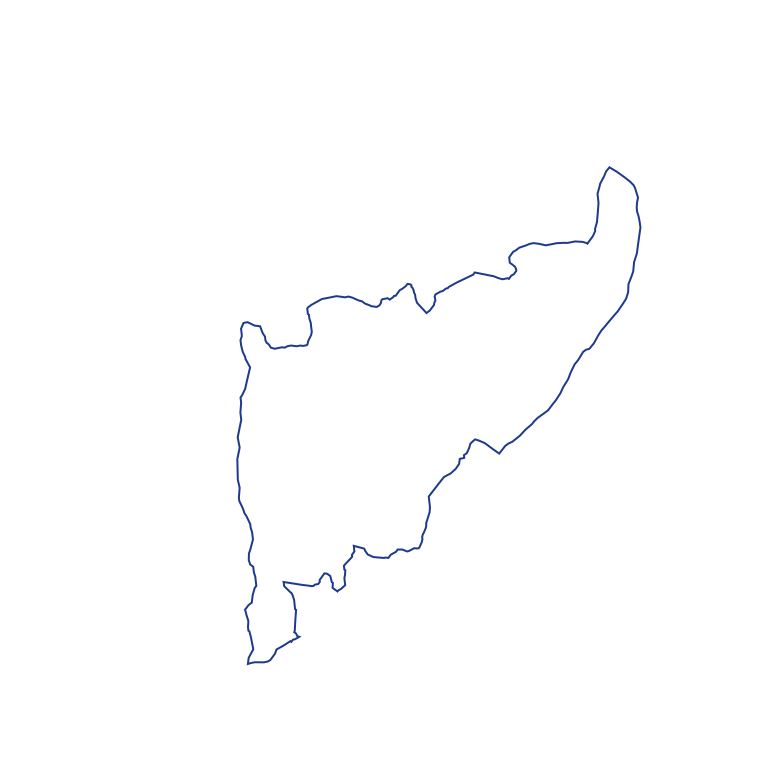 Al-Minshat, Suhaj, Egypt, rotated 35°
{"feature_id": "37247803B33567976679520", "entity_name": "Al-Minshat", "entity_type": "district", "adm_level": 2, "iso_a3": "EGY", "parent_name": "Egypt", "parent_adm1": "Suhaj", "projection": "natural_earth1", "projection_center": [31.766, 26.464], "detail": "fine", "context": "isolated", "style": "outline", "palette": "blue", "viewbox_px": 768, "rotation_deg": 35, "n_neighbors": 0, "source": "geoboundaries", "source_scale": "gbopen_adm2", "svg_char_len": 4804}
<svg xmlns="http://www.w3.org/2000/svg" viewBox="0 0 768 768"><g transform="rotate(35 384 384)"><path d="M518.3,374.9L518.8,365.3L520.1,361.4L522.2,357.8L525.0,348.3L525.3,345.9L526.1,340.1L528.2,332.0L528.4,328.2L529.4,323.3L531.6,317.1L533.5,311.3L533.7,304.9L534.0,299.9L534.1,299.6L534.1,299.4L533.8,290.3L532.6,283.9L532.1,274.6L530.3,267.4L528.9,258.6L529.3,252.8L528.7,243.5L529.8,240.1L532.0,237.5L532.6,230.3L531.6,221.2L531.4,215.2L532.0,209.7L532.4,204.5L533.0,197.5L533.8,190.4L533.7,183.7L533.7,181.8L533.4,175.3L531.4,168.9L527.0,162.0L525.0,153.8L523.6,148.9L519.0,140.8L516.2,131.9L511.6,123.1L504.3,108.7L500.2,104.3L496.3,100.6L492.2,97.4L489.6,94.2L487.1,90.0L485.2,85.6L481.5,82.8L477.4,79.6L474.5,78.0L469.6,77.1L462.3,76.7L452.8,76.6L444.5,77.2L444.4,77.2L444.0,82.5L444.6,85.1L445.2,87.9L446.2,96.1L447.4,98.9L447.8,100.0L449.8,105.7L453.5,109.9L455.9,112.7L460.8,120.9L463.2,125.1L465.6,129.2L468.0,136.1L469.2,137.4L470.3,142.9L470.1,152.4L468.9,152.4L465.1,153.7L458.8,157.6L453.6,163.0L452.4,163.8L449.8,165.6L444.7,169.6L440.9,173.6L437.0,177.6L430.7,180.2L425.7,182.8L423.1,185.5L420.5,189.5L416.6,194.8L415.3,198.9L414.0,201.6L413.9,204.0L413.9,205.7L413.9,208.4L416.3,211.2L417.5,212.5L421.3,212.6L422.4,212.7L423.8,212.7L426.3,214.1L427.5,215.5L427.4,219.6L426.1,222.3L426.1,223.5L426.0,226.3L424.8,226.3L420.9,230.3L417.1,231.6L412.1,232.8L403.2,236.7L394.4,240.6L394.3,243.4L385.2,259.5L381.3,267.6L381.3,268.9L380.0,270.3L378.7,274.3L377.4,275.7L374.8,281.1L375.4,283.4L376.0,283.9L378.4,286.4L378.4,287.9L379.6,290.7L379.5,293.4L379.4,297.5L378.1,301.5L364.4,298.5L360.7,295.7L358.2,293.0L355.8,291.6L354.5,290.2L352.1,288.8L350.8,288.7L349.6,287.3L348.3,287.3L345.8,288.6L345.7,291.3L344.4,295.4L343.1,298.1L343.0,302.2L343.0,304.9L341.7,306.2L341.7,307.6L340.3,311.6L337.8,311.6L334.0,315.6L333.9,317.0L335.1,319.7L335.1,322.4L333.8,325.1L331.2,326.4L328.7,327.7L327.5,327.7L322.4,329.0L318.7,328.9L314.9,330.2L308.6,331.4L304.8,332.7L302.3,335.4L298.3,337.4L297.2,338.0L294.7,339.3L292.1,342.0L288.3,346.0L284.4,350.0L281.8,355.3L279.2,360.7L278.3,363.3L277.8,364.8L277.8,366.2L279.0,367.5L281.5,370.3L282.7,370.3L285.2,373.1L288.9,375.9L291.3,378.7L293.8,381.4L295.0,382.8L296.2,385.6L297.3,392.4L298.5,395.1L298.5,396.5L295.9,399.2L293.4,400.5L290.8,403.2L285.8,405.8L283.2,408.4L281.9,411.1L279.4,412.4L275.5,416.5L274.3,417.8L270.5,419.1L266.8,417.6L264.3,417.6L261.8,416.2L259.3,413.4L255.6,412.0L249.4,407.8L244.4,410.4L236.8,411.6L233.9,414.6L235.2,420.7L237.7,423.5L240.1,426.3L241.3,430.4L245.0,434.5L249.9,438.7L254.8,441.5L256.1,442.9L264.8,447.2L270.4,461.2L273.1,467.7L274.2,474.6L274.2,477.3L277.8,481.4L282.7,489.7L287.6,495.2L291.2,503.5L294.8,511.7L302.1,518.7L303.1,520.8L306.9,529.6L313.0,537.9L319.1,546.2L325.3,551.8L330.1,560.0L332.5,562.8L340.0,567.0L343.7,569.8L347.4,571.3L354.8,575.5L357.3,578.3L361.0,581.1L365.9,586.6L369.4,596.2L370.6,600.3L374.2,605.8L377.9,608.6L381.7,608.7L385.4,612.9L389.1,615.7L395.2,622.6L395.1,625.3L397.5,632.2L401.1,639.0L400.5,640.8L399.8,643.1L399.7,647.2L399.6,648.5L404.6,652.7L408.3,655.5L409.5,656.9L411.9,661.0L414.4,663.8L415.6,663.8L420.5,668.0L429.1,676.3L430.2,685.9L433.1,691.4L435.2,688.7L437.8,686.0L441.6,683.4L445.4,680.8L446.6,679.4L447.9,678.1L449.2,675.4L449.3,672.7L449.3,671.3L449.4,667.3L448.2,663.2L452.1,655.1L454.8,648.3L456.0,648.4L456.1,645.6L457.4,644.3L459.6,639.7L457.5,640.2L455.0,638.8L453.7,638.8L452.8,638.8L452.5,637.4L446.5,627.8L441.6,619.5L440.4,619.5L437.9,616.7L435.5,613.9L434.3,612.5L430.6,609.7L428.1,608.3L426.8,608.3L418.1,606.8L416.9,605.4L415.3,603.8L433.4,594.9L435.9,593.5L441.0,590.9L442.2,589.6L442.3,588.2L444.8,585.6L444.9,584.2L444.9,582.9L443.7,581.5L443.8,573.3L446.4,572.0L448.9,572.1L450.1,572.1L455.0,576.3L456.3,576.3L458.7,580.4L459.9,580.5L464.9,580.6L465.0,579.2L466.3,576.5L467.6,571.1L466.4,569.7L464.0,567.0L462.8,565.6L461.6,562.8L459.1,558.7L457.9,558.7L456.7,557.3L455.4,555.9L455.5,554.5L456.9,545.0L457.0,543.7L455.7,542.3L455.8,539.6L455.8,538.2L454.6,536.8L452.1,533.9L462.2,530.2L464.7,531.6L468.4,533.0L474.7,531.8L483.6,526.6L484.9,525.2L487.4,523.9L487.4,521.2L487.5,519.9L490.1,514.5L490.1,511.8L493.9,509.1L499.0,507.9L500.2,506.5L501.6,503.8L502.9,501.2L505.4,499.8L506.7,498.5L506.7,497.2L505.6,491.7L504.4,488.9L503.1,487.6L502.0,484.8L502.0,483.5L500.8,478.0L499.6,475.3L498.4,473.9L494.9,462.9L492.5,458.8L491.3,457.4L485.2,450.5L485.5,443.7L486.2,430.1L486.4,427.4L486.5,425.7L489.2,420.4L489.9,419.1L491.4,412.5L491.4,409.8L491.4,408.4L491.4,406.5L489.7,403.1L489.0,401.8L490.2,400.6L491.5,399.2L492.1,398.5L490.3,396.5L491.5,393.2L491.1,390.8L490.2,386.7L489.3,384.2L489.0,383.4L489.7,379.7L490.4,377.1L494.2,375.9L500.5,374.6L504.2,374.7L511.7,374.9L518.3,374.9Z" fill="none" stroke="#1e3a8a" stroke-width="2"/></g></svg>